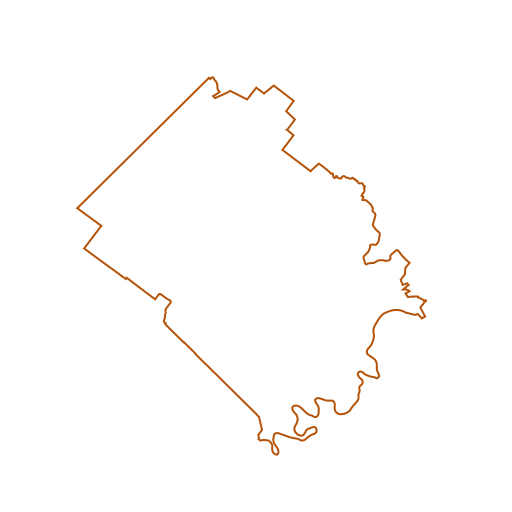 the district of Gustavo Díaz Ordaz, Tamaulipas, Mexico, rotated 127°
{"feature_id": "50627088B69577652591157", "entity_name": "Gustavo Díaz Ordaz", "entity_type": "district", "adm_level": 2, "iso_a3": "MEX", "parent_name": "Mexico", "parent_adm1": "Tamaulipas", "projection": "robinson", "projection_center": [-98.631, 26.139], "detail": "fine", "context": "isolated", "style": "outline", "palette": "amber", "viewbox_px": 512, "rotation_deg": 127, "n_neighbors": 0, "source": "geoboundaries", "source_scale": "gbopen_adm2", "svg_char_len": 6091}
<svg xmlns="http://www.w3.org/2000/svg" viewBox="0 0 512 512"><g transform="rotate(127 256 256)"><path d="M325.4,427.5L325.0,397.7L353.4,397.8L353.2,377.8L352.8,353.0L352.8,346.1L351.2,346.2L351.3,330.6L351.3,310.5L345.0,310.5L344.4,310.2L344.1,309.8L343.9,309.1L343.8,304.0L343.6,300.0L343.2,297.5L343.8,296.6L344.8,296.1L350.0,296.2L352.9,296.1L353.6,295.9L356.0,293.7L356.5,293.5L357.8,293.3L358.5,292.8L359.5,292.0L363.2,290.5L363.5,290.3L364.1,289.3L364.2,288.7L363.9,288.0L364.7,287.6L364.9,287.4L365.1,287.2L366.1,279.9L367.4,270.2L368.5,262.0L368.2,261.9L370.3,245.9L370.7,245.6L372.7,230.9L372.6,230.5L374.0,220.9L374.5,216.4L375.5,209.3L380.8,169.9L382.0,161.0L382.3,159.3L382.5,159.0L382.6,156.9L390.8,147.1L391.2,146.6L391.6,146.5L397.4,146.5L397.9,146.2L399.8,143.9L400.1,143.8L400.8,143.6L400.6,141.0L399.7,140.6L398.8,139.7L397.8,138.4L395.9,135.2L395.8,134.1L395.9,132.9L396.2,131.6L396.6,130.5L397.1,129.5L398.1,128.5L400.9,126.6L402.2,124.9L402.6,124.1L402.8,123.1L402.8,121.9L402.6,120.8L402.2,119.9L401.5,119.5L400.0,119.6L399.0,120.2L397.8,121.3L396.9,122.5L396.4,123.7L395.8,125.7L395.2,127.6L394.3,129.5L393.5,130.5L392.4,131.6L391.3,132.3L389.4,133.3L388.1,133.9L387.2,134.1L386.6,134.0L385.7,133.6L384.9,132.7L384.1,131.6L383.6,130.1L381.8,124.5L380.7,120.8L380.0,119.1L379.1,117.2L378.4,115.6L377.5,113.9L376.8,112.3L376.5,111.1L376.5,109.9L375.9,108.5L375.0,107.5L374.0,106.6L371.9,106.0L368.9,105.3L366.5,104.5L365.1,103.9L364.3,103.4L362.8,102.3L361.3,101.9L360.1,101.9L359.2,102.4L358.3,103.1L357.6,104.0L357.3,105.0L357.3,106.0L357.8,107.0L358.7,107.8L363.0,110.5L364.6,111.0L365.5,111.0L367.0,110.6L368.9,110.4L370.4,110.4L371.6,111.0L372.5,112.0L373.5,115.0L373.4,116.4L373.1,118.3L372.5,119.6L371.9,120.5L371.2,121.1L370.0,121.9L368.8,122.3L365.5,122.8L364.3,123.1L362.7,123.7L361.6,124.2L359.6,126.2L358.8,127.5L358.2,129.3L357.8,131.4L357.5,132.8L357.0,133.8L356.5,134.6L355.9,135.3L355.1,135.8L353.8,135.9L352.6,135.4L351.2,133.9L350.5,132.4L350.1,130.6L350.1,129.0L351.0,121.2L350.9,118.7L350.7,117.3L350.1,116.2L349.8,115.3L349.5,112.8L349.1,111.9L348.2,111.1L347.1,110.6L346.4,110.6L345.2,110.8L344.0,111.3L342.7,112.2L340.0,114.1L339.0,115.3L337.9,117.4L337.4,119.1L336.8,120.4L336.3,121.3L335.6,122.0L334.9,122.4L333.8,122.1L332.9,121.6L332.0,120.7L331.5,119.9L330.4,116.8L329.4,113.4L327.2,110.1L326.0,108.7L325.4,107.2L325.4,106.4L325.7,105.7L326.8,104.0L329.1,102.4L330.2,101.6L331.1,100.7L331.8,99.8L332.5,98.5L332.6,97.5L332.5,96.0L332.3,94.7L331.9,93.7L330.8,92.4L329.4,91.0L328.2,90.1L326.5,89.1L324.7,88.4L323.1,88.1L319.1,88.3L317.4,88.3L315.6,88.1L313.7,87.9L311.9,87.8L310.1,87.8L308.6,88.2L307.2,88.9L306.0,90.1L305.1,90.7L304.1,91.1L303.2,91.3L301.9,91.8L300.8,92.5L299.5,93.9L298.9,94.3L297.9,94.7L296.9,94.7L295.9,94.4L294.6,94.2L293.4,94.5L292.4,94.9L291.3,96.6L290.9,98.0L290.8,100.6L290.4,101.4L289.9,102.6L289.4,103.4L288.6,103.8L287.7,104.2L286.6,104.0L285.7,103.3L285.0,102.4L284.8,101.0L284.8,99.6L284.9,97.9L284.7,96.4L284.2,94.4L283.1,91.5L281.4,88.1L281.3,86.6L280.7,85.7L279.9,85.3L278.8,85.2L277.8,85.4L277.3,86.0L276.0,87.8L275.5,88.8L274.4,90.7L273.3,91.7L269.3,94.8L268.5,95.8L267.7,97.2L267.2,98.7L267.1,100.5L267.1,102.7L267.3,105.0L267.3,107.7L266.9,108.6L266.3,109.4L265.5,110.0L264.3,110.6L263.1,110.7L259.7,110.5L257.6,110.5L255.7,110.9L253.7,111.4L251.8,112.1L250.4,112.8L249.3,113.4L248.1,114.3L245.5,116.9L244.2,117.8L243.4,118.3L242.1,118.7L240.6,119.1L239.0,119.4L233.0,120.0L231.0,120.1L229.4,120.0L228.0,119.9L226.7,119.7L225.2,119.3L223.8,118.7L221.9,117.6L220.0,116.4L218.3,115.2L217.0,114.1L215.5,112.5L214.6,111.3L213.5,109.7L212.6,108.2L211.8,105.9L211.4,104.4L210.9,101.5L210.3,100.9L209.6,98.7L207.4,93.7L206.4,92.8L205.0,92.0L206.0,86.0L202.5,84.5L200.3,89.4L198.2,93.7L196.1,93.8L193.1,93.5L191.3,94.1L191.0,94.0L190.1,93.1L189.9,93.1L189.2,93.7L190.1,94.7L190.6,96.2L190.7,97.3L190.7,98.7L191.6,101.6L190.9,102.0L191.8,103.7L192.1,104.0L192.6,104.7L193.5,105.7L194.1,106.1L194.7,107.0L194.9,107.7L195.5,108.1L196.4,108.9L197.4,109.8L195.9,114.1L191.7,112.1L191.6,112.4L191.8,114.3L192.6,116.3L194.1,118.3L187.3,116.7L186.9,118.5L186.8,118.8L190.8,121.4L188.0,126.1L181.0,126.1L175.8,129.5L169.0,129.3L169.0,131.1L168.1,138.4L166.1,146.0L166.2,146.6L166.8,147.2L167.8,147.6L170.8,148.3L173.9,148.9L175.0,148.8L175.9,148.3L176.6,147.4L177.5,146.9L178.5,146.9L180.0,147.6L180.8,148.3L181.9,149.5L182.1,150.3L182.7,151.5L183.7,153.1L185.0,154.7L186.3,155.9L188.5,156.8L190.8,157.8L192.2,159.7L194.7,162.1L195.7,162.4L196.5,163.4L196.1,164.5L192.7,169.2L191.5,169.7L186.0,168.9L184.3,169.0L180.8,169.9L178.8,171.3L177.4,170.7L175.1,167.2L174.2,166.7L170.5,167.0L163.8,170.3L163.2,171.4L162.8,175.8L161.6,180.1L160.8,181.5L151.7,185.0L150.5,186.5L149.9,190.1L147.5,191.5L145.7,195.3L145.3,201.2L145.4,202.2L147.2,204.6L146.7,205.0L146.0,205.3L145.5,205.3L144.5,205.6L144.1,206.2L144.1,206.8L144.4,207.3L144.5,207.7L143.9,208.2L142.3,208.3L140.2,208.1L138.6,208.6L137.5,209.5L136.9,210.6L136.3,210.7L135.6,210.6L135.0,210.8L134.8,211.7L135.1,212.3L134.9,213.0L134.3,213.9L134.0,214.8L134.3,215.6L135.3,216.5L135.9,217.2L135.9,217.8L135.9,218.9L135.7,219.6L135.2,220.1L135.0,220.7L135.1,221.2L135.6,221.6L135.7,222.1L135.3,222.6L135.1,222.9L135.4,223.4L135.7,224.1L135.2,225.6L135.5,226.2L136.3,226.4L136.9,226.6L137.9,227.8L138.0,228.9L138.5,230.4L139.1,231.0L139.2,232.1L139.0,232.9L139.4,234.1L141.0,235.0L141.7,235.0L142.4,234.7L143.1,234.8L143.8,236.1L144.3,237.4L144.2,238.5L143.7,239.0L143.6,239.6L144.0,240.1L144.8,240.1L145.3,239.8L145.7,239.8L146.2,240.0L146.6,240.4L146.5,241.4L145.7,242.5L144.0,244.1L144.1,244.9L144.9,245.2L145.1,246.7L144.7,247.8L144.3,255.0L144.4,261.4L153.8,263.3L155.4,263.3L155.4,298.7L137.0,298.7L136.6,307.2L136.4,307.0L123.6,307.1L122.2,319.0L109.4,319.3L109.2,344.4L121.4,347.4L121.4,357.1L136.3,357.3L139.7,376.0L143.8,377.8L154.6,383.8L154.1,386.5L149.6,384.6L146.9,383.8L146.2,386.7L144.1,388.7L143.3,389.2L141.6,391.2L140.7,392.9L140.4,395.0L139.1,397.6L140.5,398.9L142.2,399.0L142.0,400.8L325.4,427.5Z" fill="none" stroke="#b45309" stroke-width="2"/></g></svg>